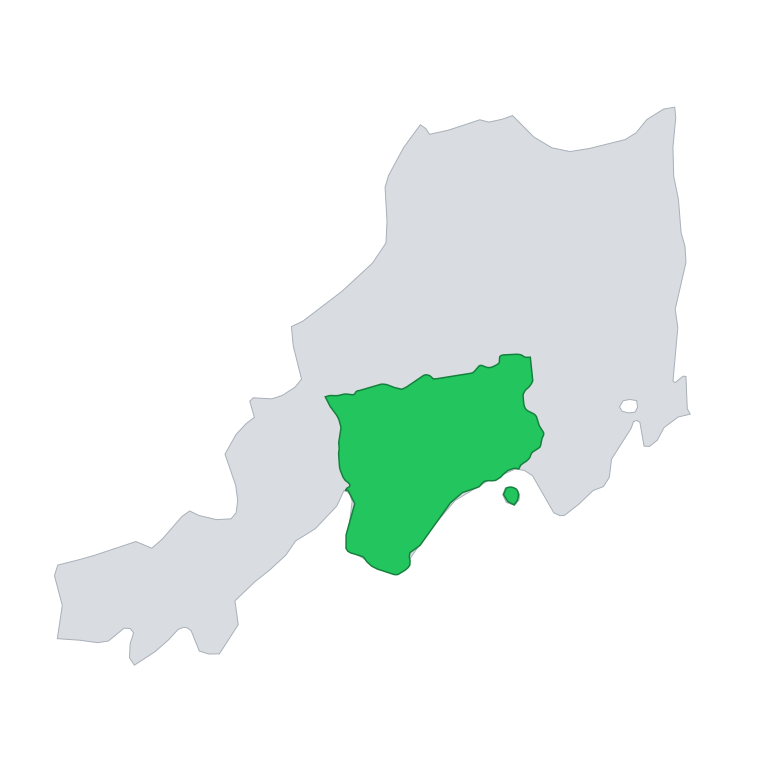 location of Gegharkunik within Armenia, rotated 96°
{"feature_id": "ARM-1672", "entity_name": "Gegharkunik", "entity_type": "Province", "adm_level": 1, "iso_a3": "ARM", "parent_name": "Armenia", "parent_adm1": "", "projection": "mercator", "projection_center": [45.283, 40.3], "detail": "fine", "context": "in_parent", "style": "filled", "palette": "green", "viewbox_px": 768, "rotation_deg": 96, "n_neighbors": 0, "source": "natural_earth", "source_scale": "10m", "svg_char_len": 3977}
<svg xmlns="http://www.w3.org/2000/svg" viewBox="0 0 768 768"><g transform="rotate(96 384 384)"><path d="M336.6,482.1L329.9,471.2L296.2,435.5L265.0,408.1L243.5,396.8L221.9,398.0L188.3,403.5L176.0,401.2L146.8,389.2L122.4,375.0L125.7,369.0L130.9,364.8L124.7,346.2L111.2,316.3L112.6,307.0L108.3,294.0L103.6,284.2L122.7,260.8L131.5,241.9L133.4,223.5L128.3,204.4L115.7,169.7L107.9,159.6L93.5,150.2L81.4,134.8L78.3,123.8L88.6,121.7L118.3,121.4L147.1,117.6L169.6,110.5L202.3,104.4L215.8,99.0L231.5,96.4L279.2,102.2L297.1,97.7L350.8,96.9L352.2,94.6L344.9,87.3L345.0,84.5L377.0,79.8L381.9,76.3L386.1,88.0L398.1,101.0L411.3,106.3L418.3,113.4L418.6,118.9L395.4,125.5L393.8,128.7L395.4,132.0L402.3,133.6L434.8,149.8L453.4,150.2L463.1,155.1L468.0,164.8L483.5,178.0L495.8,190.8L496.6,195.2L494.3,201.7L459.7,226.7L455.3,235.3L454.8,244.4L470.0,271.4L492.3,301.0L524.6,323.3L569.1,347.6L569.7,362.6L562.6,380.5L556.6,392.6L553.8,400.7L548.4,404.2L504.1,403.4L497.5,406.3L494.6,409.8L494.3,412.7L510.3,418.2L535.1,437.2L549.4,455.6L564.3,463.6L581.0,478.3L594.4,492.0L615.3,509.6L638.5,503.8L669.6,519.5L670.9,530.2L668.9,539.7L649.4,550.1L647.0,554.4L647.0,558.0L649.6,563.1L661.0,571.6L674.5,584.1L689.7,602.9L682.9,608.5L668.7,609.3L657.7,607.0L653.8,610.8L654.0,617.0L668.4,631.2L671.2,641.6L670.6,659.6L671.4,682.3L637.8,680.8L609.1,691.7L598.2,689.5L591.1,670.2L584.9,654.6L566.6,614.3L571.6,597.8L561.4,588.3L536.9,571.1L530.6,564.0L534.1,554.3L536.4,536.4L534.1,522.0L527.5,517.6L515.2,517.3L500.3,520.9L470.4,534.8L449.7,525.9L437.7,516.9L430.7,509.4L415.2,515.7L411.4,512.6L410.5,494.0L405.9,483.9L396.5,472.2L387.8,466.5L355.8,478.2L336.6,482.1ZM386.2,144.4L387.2,137.6L385.7,131.3L380.5,129.4L374.1,131.0L373.7,137.9L375.6,144.4L382.0,147.4L386.2,144.4ZM489.0,250.0L481.6,254.3L474.7,252.4L474.7,241.8L479.7,237.5L485.5,237.7L490.9,241.6L489.0,250.0Z" fill="#d9dde1" stroke="#a8b0b8" stroke-width="1"/><path d="M454.3,241.0L454.2,245.8L457.0,251.7L460.8,255.4L464.7,258.5L468.1,262.8L468.8,265.3L469.3,270.9L470.2,273.7L472.0,275.7L476.0,278.4L477.6,281.3L483.9,294.8L495.4,305.6L540.7,331.3L540.9,331.5L549.1,340.6L553.0,340.8L554.3,340.5L557.1,339.6L561.4,339.4L564.2,340.9L567.0,343.6L572.0,350.2L572.3,351.7L572.5,353.2L572.3,354.7L568.8,371.1L566.4,377.3L562.7,382.3L558.4,386.1L557.7,388.0L555.4,399.7L554.1,402.4L551.5,404.6L537.9,405.9L506.0,400.6L493.6,408.6L493.9,411.1L493.2,411.0L491.4,409.9L490.4,408.5L490.0,408.0L489.4,407.5L488.6,407.3L487.8,407.4L486.6,408.5L485.9,409.3L483.9,412.5L481.1,414.9L474.3,418.5L471.0,419.6L457.8,421.9L452.9,421.8L446.9,422.9L432.6,422.2L430.8,422.5L424.7,424.9L422.3,426.2L419.9,427.9L412.1,435.1L402.9,441.1L401.3,437.2L401.0,435.5L400.6,430.1L400.1,427.8L399.0,424.9L398.3,422.7L397.9,420.4L398.0,414.7L397.8,413.1L397.0,412.2L394.9,411.2L394.4,410.8L393.9,410.2L393.5,409.3L392.8,407.1L384.5,386.9L384.2,384.5L384.3,381.2L386.5,372.9L387.4,365.6L384.5,361.1L371.3,345.5L370.6,343.9L370.4,342.3L370.9,339.4L372.0,337.8L373.7,335.6L373.4,332.7L364.3,298.9L363.6,297.1L362.0,295.4L356.3,291.5L355.6,290.5L355.3,289.3L355.6,287.5L356.5,284.3L356.8,282.5L356.6,280.3L355.7,278.0L353.6,274.6L352.2,272.8L351.1,271.8L350.0,271.6L345.6,271.8L344.4,271.6L343.4,270.4L342.6,268.5L340.5,254.8L340.5,252.4L340.8,250.3L342.1,247.7L342.7,246.3L342.1,241.3L365.2,236.4L368.1,237.3L370.9,238.9L372.3,239.9L374.7,242.2L375.9,243.0L378.1,244.0L379.6,244.4L381.0,244.5L389.2,242.9L392.0,241.8L393.2,241.1L394.2,240.3L395.0,239.3L395.7,238.1L398.0,232.0L398.7,230.8L399.7,229.7L400.7,228.9L408.2,225.7L409.8,224.8L415.5,220.3L416.9,219.9L418.1,220.0L421.9,221.2L428.7,221.8L430.5,222.4L431.6,223.5L436.1,229.0L437.1,229.8L438.2,230.3L441.6,231.2L442.8,231.8L444.1,232.7L446.3,234.8L448.1,237.2L450.5,239.6L454.2,241.0L454.3,241.0ZM482.8,238.7L485.6,239.1L490.6,241.9L488.0,248.6L481.5,253.6L474.8,251.6L473.6,249.2L473.2,246.5L473.7,243.8L474.8,241.3L477.2,239.5L479.9,238.7L482.8,238.7Z" fill="#22c55e" stroke="#15803d" stroke-width="1.5"/></g></svg>